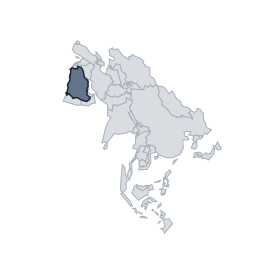 Saudi Arabia on a map of Asia (Natural Earth projection), rotated 38°
{"feature_id": "SAU", "entity_name": "Saudi Arabia", "entity_type": "country or territory", "adm_level": 0, "iso_a3": "SAU", "parent_name": "Asia", "parent_adm1": "", "projection": "natural_earth1", "projection_center": [44.88, 24.248], "detail": "fine", "context": "in_parent", "style": "filled", "palette": "slate", "viewbox_px": 256, "rotation_deg": 38, "n_neighbors": 45, "source": "natural_earth", "source_scale": "50m", "svg_char_len": 16090}
<svg xmlns="http://www.w3.org/2000/svg" viewBox="0 0 256 256"><g transform="rotate(38 128 128)"><path d="M124.7,76.6L122.6,78.0L122.2,80.8L119.2,80.2L118.7,83.5L115.1,84.7L116.9,88.0L116.2,89.6L106.9,87.8L105.9,89.3L102.4,88.9L98.9,92.8L95.9,91.8L94.7,88.3L92.8,87.0L88.5,87.4L83.0,83.4L79.2,84.6L79.6,91.6L76.6,89.6L74.3,90.7L74.2,88.7L70.8,85.3L74.9,84.1L74.8,81.1L69.0,81.9L65.0,78.2L66.6,74.3L68.1,75.4L71.2,72.0L78.4,74.0L86.5,73.7L86.8,72.8L84.4,71.6L86.7,69.7L85.6,68.4L86.2,67.8L96.6,65.3L99.2,65.7L99.9,67.6L103.2,67.8L103.3,68.8L107.9,66.9L113.5,73.6L118.3,73.2L124.7,76.6Z" fill="#d9dde1" stroke="#a8b0b8" stroke-width="1"/><path d="M79.6,91.6L79.2,84.6L83.0,83.4L88.5,87.4L92.8,87.0L94.7,88.3L95.9,91.8L98.3,92.8L102.2,89.7L101.5,91.2L105.6,92.4L103.8,93.8L102.0,93.7L102.0,92.2L100.0,92.7L98.9,95.0L97.7,94.9L98.9,97.6L98.2,99.6L83.5,88.8L81.3,91.5L79.6,91.6Z" fill="#d9dde1" stroke="#a8b0b8" stroke-width="1"/><path d="M222.0,176.0L221.5,188.5L220.1,187.0L215.9,187.2L217.8,185.1L216.7,181.4L209.8,177.8L208.6,178.9L207.0,176.5L209.9,175.3L207.5,175.3L204.6,172.8L210.4,172.5L211.1,176.4L212.8,177.5L216.1,174.3L222.0,176.0ZM195.0,188.1L193.9,190.5L192.3,190.7L193.3,188.9L195.0,188.1ZM210.4,184.3L210.3,182.8L211.0,181.5L211.3,183.0L210.4,184.3ZM183.6,163.1L182.7,164.8L185.5,169.3L183.6,169.5L180.7,178.7L171.0,176.7L168.9,170.2L170.1,167.2L171.5,169.6L176.9,168.7L178.3,168.3L180.3,162.8L183.6,163.1ZM200.2,177.5L204.5,177.0L205.1,178.4L200.2,177.5ZM198.5,178.3L197.4,178.0L197.1,177.1L198.8,177.0L198.5,178.3ZM200.3,166.9L201.6,168.9L200.6,172.8L199.5,169.1L200.3,166.9ZM188.7,168.5L195.9,168.3L193.3,170.6L187.5,170.6L187.3,172.0L188.8,173.7L192.7,172.2L189.7,174.7L192.3,181.3L190.8,181.2L191.6,179.6L189.6,179.8L188.8,176.1L187.7,176.7L187.7,181.6L186.7,181.9L185.1,176.4L186.9,170.7L188.7,168.5ZM187.9,190.2L185.0,189.4L186.5,189.0L187.9,190.2ZM186.6,187.9L190.1,187.3L191.6,186.6L191.3,187.6L186.6,187.9ZM183.4,186.6L185.3,187.7L181.4,188.4L183.4,186.6ZM163.9,182.3L174.7,184.4L179.7,187.1L177.8,187.8L162.7,184.2L163.9,182.3ZM159.8,172.4L164.1,176.9L163.5,182.3L161.7,182.3L158.3,179.1L146.1,160.5L149.8,161.0L155.1,167.0L158.2,168.4L160.4,170.8L159.8,172.4Z" fill="#d9dde1" stroke="#a8b0b8" stroke-width="1"/><path d="M195.1,189.1L196.6,187.2L198.9,187.1L195.1,189.1Z" fill="#d9dde1" stroke="#a8b0b8" stroke-width="1"/><path d="M48.5,107.0L47.1,109.7L46.9,114.3L45.9,111.0L47.3,107.4L48.5,107.0Z" fill="#d9dde1" stroke="#a8b0b8" stroke-width="1"/><path d="M49.8,105.2L47.4,107.4L49.5,104.5L49.8,105.2Z" fill="#d9dde1" stroke="#a8b0b8" stroke-width="1"/><path d="M48.0,108.7L47.0,110.7L47.4,108.4L48.0,108.7Z" fill="#d9dde1" stroke="#a8b0b8" stroke-width="1"/><path d="M48.0,108.7L53.2,106.8L53.7,109.2L50.3,110.4L51.8,112.3L48.7,114.9L46.9,114.3L48.0,108.7Z" fill="#d9dde1" stroke="#a8b0b8" stroke-width="1"/><path d="M73.5,124.4L77.4,124.7L81.0,121.6L79.1,127.8L74.2,126.8L73.5,124.4Z" fill="#d9dde1" stroke="#a8b0b8" stroke-width="1"/><path d="M72.2,123.5L72.1,122.1L73.0,120.8L73.5,122.6L72.2,123.5Z" fill="#d9dde1" stroke="#a8b0b8" stroke-width="1"/><path d="M66.5,113.2L68.3,116.1L65.4,115.1L66.5,113.2Z" fill="#d9dde1" stroke="#a8b0b8" stroke-width="1"/><path d="M53.7,109.2L53.2,106.8L56.6,104.8L57.1,101.1L59.5,99.1L62.5,99.5L64.6,102.4L63.5,105.7L66.6,108.6L68.6,113.5L62.4,114.9L53.7,109.2Z" fill="#d9dde1" stroke="#a8b0b8" stroke-width="1"/><path d="M79.4,127.4L81.2,123.1L86.9,128.2L83.8,132.2L83.6,134.7L76.2,139.1L74.3,134.6L79.2,132.6L80.2,128.8L79.4,127.4ZM81.3,120.5L80.7,120.9L81.1,120.3L81.3,120.5Z" fill="#d9dde1" stroke="#a8b0b8" stroke-width="1"/><path d="M157.7,147.7L158.1,143.7L163.2,144.4L163.8,143.1L165.8,145.1L165.7,147.4L163.1,148.9L163.9,150.0L159.3,150.6L157.7,147.7Z" fill="#d9dde1" stroke="#a8b0b8" stroke-width="1"/><path d="M161.8,143.7L158.1,143.7L157.7,147.7L153.5,145.3L152.4,153.3L157.4,159.1L155.8,160.1L150.7,155.0L152.8,148.2L150.1,142.0L151.2,140.0L148.3,135.6L149.6,133.2L152.5,131.8L154.5,133.7L154.5,137.4L157.9,135.9L160.5,137.6L162.2,141.2L161.8,143.7Z" fill="#d9dde1" stroke="#a8b0b8" stroke-width="1"/><path d="M165.3,143.8L161.8,143.7L162.2,141.2L159.1,136.0L154.5,137.4L154.5,133.7L152.5,131.8L155.1,130.4L154.6,128.2L157.4,131.2L159.4,131.2L160.2,132.8L158.8,134.0L165.0,140.5L165.3,143.8Z" fill="#d9dde1" stroke="#a8b0b8" stroke-width="1"/><path d="M152.5,131.8L149.6,133.2L148.3,135.6L151.2,140.0L150.1,142.0L152.8,148.2L151.3,152.0L150.9,145.9L148.2,138.5L145.4,140.9L143.5,140.3L143.4,136.1L139.6,129.8L143.2,119.9L146.3,119.0L146.3,116.7L148.7,118.1L147.7,125.1L149.4,124.8L151.0,126.9L150.7,128.5L153.9,129.1L152.5,131.8Z" fill="#d9dde1" stroke="#a8b0b8" stroke-width="1"/><path d="M160.7,150.9L163.9,150.0L163.1,148.9L165.7,147.4L165.5,141.9L158.8,134.0L160.2,132.8L159.4,131.2L157.4,131.2L155.4,127.9L160.3,126.2L165.1,129.6L161.7,134.4L167.6,141.7L168.6,148.7L162.3,154.5L160.7,150.9Z" fill="#d9dde1" stroke="#a8b0b8" stroke-width="1"/><path d="M192.4,89.5L191.9,92.4L189.2,94.5L191.0,97.2L185.7,97.7L186.1,95.2L184.1,94.2L185.0,93.0L187.0,90.6L189.3,91.3L188.7,90.3L191.1,88.4L192.4,89.5Z" fill="#d9dde1" stroke="#a8b0b8" stroke-width="1"/><path d="M188.2,98.4L191.1,96.7L193.8,100.2L194.0,103.5L190.3,104.9L188.6,100.4L189.7,100.0L188.2,98.4Z" fill="#d9dde1" stroke="#a8b0b8" stroke-width="1"/><path d="M125.2,76.5L131.1,73.7L138.9,75.7L140.1,71.4L148.0,75.0L152.6,74.7L155.5,76.5L158.7,76.8L163.5,74.7L167.0,75.4L167.0,79.4L170.2,78.8L173.3,80.7L165.2,84.9L162.7,84.4L162.2,85.6L163.3,86.9L161.6,88.6L153.9,91.0L147.2,89.0L140.4,88.9L138.3,86.0L131.4,84.0L130.8,81.0L125.2,76.5Z" fill="#d9dde1" stroke="#a8b0b8" stroke-width="1"/><path d="M146.3,116.7L146.3,119.0L143.2,119.9L140.1,128.7L139.0,125.6L138.4,126.9L137.4,125.9L139.1,123.0L135.1,122.5L132.7,120.2L132.3,121.5L133.5,122.5L132.3,123.9L133.3,124.5L134.0,129.4L131.0,129.7L130.4,132.3L123.8,139.3L120.8,140.5L120.4,151.2L116.7,155.8L109.6,140.3L107.7,130.0L104.3,130.9L100.3,125.5L104.9,124.2L102.1,119.2L103.8,117.2L105.6,117.4L110.6,108.9L107.9,105.0L112.7,104.3L114.0,102.7L115.9,105.0L116.2,110.4L120.2,113.0L118.8,115.7L124.1,118.4L131.9,120.3L132.7,117.0L133.0,118.9L134.6,119.7L138.2,119.4L137.5,117.6L144.1,114.4L144.6,116.4L146.3,116.7Z" fill="#d9dde1" stroke="#a8b0b8" stroke-width="1"/><path d="M139.0,125.6L139.8,131.3L138.0,127.3L136.5,127.2L136.3,129.1L134.2,128.7L132.3,123.9L133.5,122.5L132.3,121.5L132.7,120.2L135.1,122.5L139.1,123.0L137.4,125.9L138.4,126.9L139.0,125.6Z" fill="#d9dde1" stroke="#a8b0b8" stroke-width="1"/><path d="M137.5,117.6L138.2,119.4L133.0,118.9L134.7,116.6L137.5,117.6Z" fill="#d9dde1" stroke="#a8b0b8" stroke-width="1"/><path d="M131.7,117.4L131.9,120.3L130.6,120.3L118.8,115.7L120.8,112.5L128.0,116.8L131.7,117.4Z" fill="#d9dde1" stroke="#a8b0b8" stroke-width="1"/><path d="M114.0,102.7L112.7,104.3L107.9,105.0L110.6,108.9L105.6,117.4L103.8,117.2L102.1,119.2L104.9,124.2L100.3,125.5L97.2,122.2L89.4,122.8L90.0,120.6L92.2,119.6L88.1,113.7L90.8,114.6L96.8,113.5L97.6,110.8L101.2,109.7L104.5,100.8L109.6,99.6L111.4,102.0L114.0,102.7Z" fill="#d9dde1" stroke="#a8b0b8" stroke-width="1"/><path d="M93.4,99.6L100.3,99.5L102.6,97.0L104.5,100.3L106.6,98.9L109.6,99.6L103.7,101.6L104.4,103.4L103.4,105.6L101.9,105.6L102.6,106.8L101.2,109.7L97.6,110.8L96.8,113.5L90.8,114.6L88.1,113.7L89.5,111.9L87.3,107.6L88.1,102.4L90.9,102.9L93.4,99.6Z" fill="#d9dde1" stroke="#a8b0b8" stroke-width="1"/><path d="M98.2,99.6L98.9,97.6L97.7,94.9L102.0,92.2L102.6,93.6L100.4,95.0L106.8,95.2L109.2,99.0L104.5,100.3L102.6,97.0L100.3,99.5L98.2,99.6Z" fill="#d9dde1" stroke="#a8b0b8" stroke-width="1"/><path d="M102.2,89.7L105.9,89.3L106.9,87.8L116.2,89.6L106.8,95.2L100.4,95.0L100.4,93.9L105.6,92.4L101.5,91.2L102.2,89.7Z" fill="#d9dde1" stroke="#a8b0b8" stroke-width="1"/><path d="M74.3,90.7L76.6,89.6L78.8,91.7L81.3,91.5L83.5,88.8L96.1,98.0L96.2,99.1L94.9,98.6L89.7,103.2L88.1,102.4L87.9,100.8L81.9,97.9L76.7,99.4L76.5,96.1L74.6,94.0L74.9,92.4L77.7,92.3L76.1,90.0L74.8,91.9L74.3,90.7Z" fill="#d9dde1" stroke="#a8b0b8" stroke-width="1"/><path d="M68.6,113.5L66.6,108.6L63.5,105.7L64.6,102.4L61.7,98.0L61.5,95.2L64.6,96.5L67.6,94.9L69.4,98.7L71.9,100.1L76.6,99.9L80.8,97.7L87.9,100.8L87.3,107.6L89.5,111.9L88.1,113.7L92.2,119.6L90.0,120.6L89.4,122.8L82.8,121.6L82.1,119.2L76.5,119.5L73.3,117.5L71.0,113.0L68.6,113.5Z" fill="#d9dde1" stroke="#a8b0b8" stroke-width="1"/><path d="M48.3,108.1L49.8,105.2L48.7,102.9L50.1,100.2L58.8,99.4L57.1,101.1L56.6,104.8L50.0,108.9L48.3,108.1Z" fill="#d9dde1" stroke="#a8b0b8" stroke-width="1"/><path d="M65.2,96.4L60.8,93.6L60.7,92.0L63.7,92.5L65.2,96.4Z" fill="#d9dde1" stroke="#a8b0b8" stroke-width="1"/><path d="M62.5,99.5L50.1,100.2L49.1,102.1L49.2,100.5L47.0,100.2L39.1,101.5L36.0,100.5L34.0,95.1L38.9,91.7L45.5,90.2L52.8,92.3L59.3,91.0L62.6,94.6L61.5,95.2L62.5,99.5ZM34.3,90.6L37.1,90.2L38.5,91.6L34.4,93.8L34.3,90.6Z" fill="#d9dde1" stroke="#a8b0b8" stroke-width="1"/><path d="M123.7,156.6L123.5,158.6L121.4,159.6L120.2,155.3L120.9,152.2L123.7,156.6Z" fill="#d9dde1" stroke="#a8b0b8" stroke-width="1"/><path d="M168.1,136.1L166.5,133.8L169.9,132.5L169.4,135.2L168.1,136.1ZM106.8,95.2L116.9,88.0L115.1,84.7L118.7,83.5L119.2,80.2L122.2,80.8L122.6,78.0L125.2,76.5L130.8,81.0L131.4,84.0L138.3,86.0L140.4,88.9L147.2,89.0L153.9,91.0L160.0,89.3L163.3,86.9L162.2,85.6L162.7,84.4L165.2,84.9L170.1,81.4L173.4,81.4L170.2,78.8L166.4,78.6L167.0,75.4L170.7,74.9L171.6,71.5L170.2,70.1L172.7,68.9L178.4,70.0L183.1,75.6L185.9,76.2L189.4,79.3L194.8,78.0L194.3,84.3L191.3,84.6L192.4,89.5L191.1,88.4L188.7,90.3L189.3,91.3L187.0,90.6L184.1,94.2L179.7,96.2L180.7,93.3L179.6,92.3L174.4,96.5L178.5,99.5L179.9,98.2L182.4,99.0L182.9,100.0L178.6,103.9L184.3,110.1L183.6,112.0L185.3,113.7L185.2,116.8L181.5,123.9L177.5,127.3L169.6,129.9L169.3,132.0L168.4,132.1L168.1,129.9L163.4,129.1L162.7,127.2L160.3,126.2L154.6,128.2L155.1,130.4L150.7,128.5L151.0,126.9L149.4,124.8L147.7,125.1L148.7,118.1L147.3,116.5L144.6,116.4L144.1,114.4L138.7,117.4L134.7,116.6L133.0,118.5L132.7,117.0L128.0,116.8L116.2,110.4L115.9,105.0L111.4,102.0L106.8,95.2Z" fill="#d9dde1" stroke="#a8b0b8" stroke-width="1"/><path d="M185.9,122.4L186.1,127.2L185.6,128.8L184.1,125.8L185.9,122.4Z" fill="#d9dde1" stroke="#a8b0b8" stroke-width="1"/><path d="M65.0,90.5L67.2,91.9L68.3,90.6L71.1,93.6L69.9,93.7L68.9,97.3L67.6,94.9L65.2,96.4L63.8,94.3L62.8,91.7L65.2,92.0L65.0,90.5ZM64.6,96.5L63.6,96.2L62.6,94.6L64.0,95.1L64.6,96.5Z" fill="#d9dde1" stroke="#a8b0b8" stroke-width="1"/><path d="M55.3,87.5L63.6,89.3L65.4,91.8L57.7,91.1L57.5,89.0L55.3,87.5Z" fill="#d9dde1" stroke="#a8b0b8" stroke-width="1"/><path d="M188.4,147.6L186.7,145.2L188.7,146.0L188.4,147.6ZM191.7,153.7L191.4,150.2L192.1,151.3L193.2,149.5L191.7,153.7ZM195.6,152.3L197.7,157.3L197.2,159.0L196.5,157.1L195.8,158.0L196.0,160.3L194.0,159.2L192.8,156.0L190.1,157.2L192.5,154.4L195.8,153.8L195.6,152.3ZM186.1,150.8L182.1,155.0L185.7,149.2L186.1,150.8ZM189.1,136.0L188.9,143.5L192.6,144.6L193.0,147.0L191.0,145.0L187.1,144.5L187.6,143.2L185.7,141.5L186.4,135.5L189.1,136.0ZM189.9,151.0L189.5,148.2L191.6,148.8L189.9,151.0ZM195.4,147.7L196.0,149.9L194.7,149.3L194.5,151.6L193.3,146.9L195.4,147.7Z" fill="#d9dde1" stroke="#a8b0b8" stroke-width="1"/><path d="M154.0,158.6L158.8,160.4L161.1,168.6L156.3,165.7L154.0,158.6ZM183.6,163.1L180.3,162.8L178.3,168.3L171.5,169.6L170.3,168.5L170.1,167.2L172.6,167.5L172.9,165.9L175.6,165.1L177.5,162.4L179.4,162.8L181.5,157.8L185.7,160.7L183.6,163.1Z" fill="#d9dde1" stroke="#a8b0b8" stroke-width="1"/><path d="M179.5,160.6L179.4,162.8L178.3,163.4L177.5,162.4L179.5,160.6Z" fill="#d9dde1" stroke="#a8b0b8" stroke-width="1"/><path d="M211.5,95.6L211.4,103.4L207.0,104.4L205.3,106.6L203.6,104.5L197.6,105.8L199.5,107.2L199.2,110.5L197.5,110.6L197.5,108.9L195.4,107.0L199.4,102.8L204.1,102.7L204.7,99.2L206.0,100.2L208.4,97.5L207.8,91.8L209.3,91.4L211.5,95.6ZM212.4,86.5L213.1,85.7L214.3,87.8L211.6,90.3L208.8,89.0L208.7,91.0L207.0,91.1L206.2,89.2L207.9,87.6L207.2,83.5L212.4,86.5ZM200.0,106.6L201.9,104.9L203.5,106.0L201.3,108.1L200.0,106.6Z" fill="#d9dde1" stroke="#a8b0b8" stroke-width="1"/><path d="M74.3,134.6L76.2,139.1L74.6,141.1L60.4,146.8L59.0,141.8L60.3,137.3L66.2,138.5L69.6,135.3L74.3,134.6Z" fill="#d9dde1" stroke="#a8b0b8" stroke-width="1"/><path d="M46.7,102.4L44.1,104.5L43.0,103.5L46.7,102.4Z" fill="#d9dde1" stroke="#a8b0b8" stroke-width="1"/><path d="M74.3,134.6L73.9,134.6L73.5,134.7L73.1,134.7L72.6,134.8L72.2,134.9L71.6,135.0L71.1,135.1L70.6,135.1L70.1,135.2L69.7,135.3L69.2,135.5L68.8,135.8L68.3,136.0L68.1,136.2L67.8,136.5L67.7,136.7L67.5,137.0L67.3,137.3L67.1,137.5L67.0,137.8L66.9,138.2L66.8,138.3L66.6,138.4L66.4,138.5L66.1,138.5L66.0,138.3L65.8,138.0L65.7,137.9L65.4,137.9L65.0,138.0L64.7,137.9L64.2,137.9L63.8,137.8L63.6,137.8L63.3,137.6L63.2,137.6L62.8,137.6L62.5,137.6L62.2,137.6L61.8,137.6L61.5,137.6L61.4,137.7L61.2,137.8L61.0,137.7L60.9,137.7L60.7,137.6L60.5,137.4L60.4,137.4L60.2,137.5L59.9,137.7L59.9,137.8L60.0,137.9L59.9,138.0L59.8,138.3L59.8,138.5L59.9,138.8L59.9,139.0L59.7,139.2L59.7,139.3L59.3,139.6L59.2,139.2L59.1,138.9L58.9,138.7L58.8,138.3L58.6,138.2L58.5,137.9L58.5,137.6L58.1,137.1L57.6,136.7L57.4,136.5L57.2,136.0L57.1,135.6L56.8,135.2L56.7,135.0L56.7,134.8L56.6,134.6L56.6,134.4L56.2,133.6L56.1,133.3L56.0,133.2L55.8,133.0L55.6,132.6L54.9,132.1L54.6,132.1L54.3,131.9L54.1,131.6L54.0,131.2L53.6,130.8L53.3,130.1L53.4,129.9L53.4,129.7L53.3,129.4L53.2,129.2L53.2,128.7L53.2,128.4L53.3,128.2L53.3,127.6L53.2,127.4L53.1,127.2L52.9,126.9L52.8,126.5L52.7,126.3L52.5,125.8L52.4,125.5L52.1,125.1L51.8,124.8L51.6,124.7L51.3,124.6L51.2,124.4L50.9,124.4L50.7,124.0L50.6,123.7L50.3,123.3L50.4,123.2L50.5,123.1L50.4,122.8L50.4,122.7L50.3,122.4L49.9,121.7L49.7,121.5L49.6,121.2L49.3,120.9L48.9,119.9L48.6,119.6L48.5,119.4L48.3,119.0L48.1,118.6L47.8,118.3L47.6,117.7L47.2,117.1L46.7,117.0L46.5,116.9L46.3,117.1L46.3,116.9L46.4,116.7L46.6,116.2L46.6,115.8L46.9,114.6L47.3,114.6L47.5,114.7L47.9,114.8L48.4,114.8L48.6,114.9L49.0,114.6L49.4,114.3L49.5,114.0L49.7,113.7L49.8,113.6L50.1,113.5L50.5,113.4L50.9,113.3L51.0,113.3L51.1,113.1L51.2,112.7L51.3,112.7L51.6,112.5L51.8,112.4L51.5,112.0L51.3,111.7L51.0,111.4L50.8,111.1L50.4,110.7L50.2,110.5L50.6,110.3L51.0,110.2L51.5,110.1L52.0,109.9L52.4,109.8L53.1,109.6L53.4,109.5L53.7,109.2L54.0,109.3L54.5,109.4L55.1,109.5L55.6,109.6L55.8,109.7L56.3,110.0L56.6,110.2L57.0,110.5L57.5,110.8L57.8,111.0L58.3,111.2L58.6,111.6L59.0,111.9L59.5,112.4L59.9,112.7L60.4,113.2L60.9,113.6L61.5,114.1L61.9,114.4L62.4,114.9L63.0,114.9L63.7,115.0L64.4,115.1L65.1,115.1L65.3,115.1L65.6,115.1L66.0,115.2L66.3,115.2L66.8,115.3L66.9,115.6L67.0,115.8L67.0,116.0L67.5,116.2L67.8,116.2L68.1,116.1L68.4,116.1L68.5,116.3L68.5,116.5L68.7,116.9L68.9,117.3L69.0,117.4L69.0,117.6L69.1,117.9L69.4,118.1L69.5,118.1L69.6,118.3L69.7,118.5L69.9,118.8L70.2,118.8L70.4,119.2L70.9,119.5L71.1,119.8L71.0,119.7L70.9,119.7L70.9,119.9L71.0,120.0L71.2,120.3L71.3,120.5L71.2,120.9L71.1,121.1L71.1,121.4L71.2,121.5L71.3,121.8L71.7,122.2L71.8,122.4L71.8,122.8L72.0,123.1L72.2,123.4L72.3,123.6L72.4,123.8L72.5,123.8L72.8,123.8L73.0,123.7L73.1,123.8L73.2,124.0L73.1,124.3L73.3,124.3L73.5,124.4L73.5,124.7L73.5,124.8L73.7,125.0L73.8,125.1L73.9,125.4L74.0,125.5L74.3,125.9L74.4,126.0L74.5,126.1L74.7,126.4L74.8,126.5L75.0,126.9L75.1,127.0L75.3,127.0L75.6,127.0L75.9,127.1L76.1,127.1L76.5,127.2L76.8,127.2L77.2,127.3L77.5,127.3L77.9,127.4L78.2,127.4L78.5,127.5L78.8,127.5L79.1,127.6L79.3,127.6L79.4,127.4L79.5,127.6L79.6,127.8L79.7,128.1L79.9,128.3L80.0,128.6L80.1,128.8L80.1,129.0L80.0,129.4L79.9,129.6L79.9,129.8L79.8,130.0L79.7,130.5L79.6,130.9L79.5,131.1L79.5,131.3L79.4,131.5L79.3,132.0L79.2,132.4L79.1,132.6L78.7,132.8L78.4,132.9L78.1,133.0L77.8,133.1L77.6,133.3L77.3,133.4L77.0,133.5L76.7,133.6L76.2,133.8L75.9,133.9L75.6,134.0L75.3,134.1L75.1,134.3L74.8,134.4L74.5,134.5L74.3,134.6ZM58.0,139.0L58.0,138.9L58.3,139.0L58.2,139.2L57.9,139.1L57.7,138.8L57.6,138.7L57.8,138.6L57.8,138.4L57.9,138.5L57.9,138.8L58.0,139.0ZM49.9,122.2L49.7,122.1L49.3,121.8L49.3,121.7L49.4,121.8L49.6,121.9L49.9,122.2L50.0,122.2L49.9,122.2ZM49.4,121.6L49.3,121.4L49.4,121.5L49.4,121.6Z" fill="#64748b" stroke="#1e293b" stroke-width="1.5"/></g></svg>